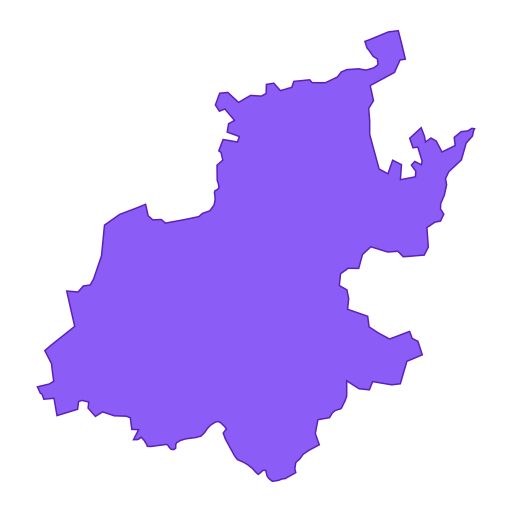 the Province of Gauteng
{"feature_id": "ZAF-1208", "entity_name": "Gauteng", "entity_type": "Province", "adm_level": 1, "iso_a3": "ZAF", "parent_name": "South Africa", "parent_adm1": "", "projection": "orthographic", "projection_center": [28.225, -26.009], "detail": "fine", "context": "isolated", "style": "filled", "palette": "violet", "viewbox_px": 512, "rotation_deg": 0, "n_neighbors": 0, "source": "natural_earth", "source_scale": "10m", "svg_char_len": 3024}
<svg xmlns="http://www.w3.org/2000/svg" viewBox="0 0 512 512"><path d="M133.5,439.7L138.6,429.7L131.8,429.4L130.3,417.7L126.2,416.2L114.3,415.8L102.6,411.9L95.4,416.4L88.1,408.1L88.7,402.0L82.0,400.4L78.6,401.5L77.6,409.3L57.0,415.6L54.0,398.3L43.8,399.2L42.2,394.4L40.3,393.1L37.4,386.8L49.3,384.0L53.7,381.2L52.3,370.8L51.5,363.6L44.8,350.6L51.3,345.0L74.7,326.4L66.7,291.0L78.0,292.0L83.3,286.0L90.2,285.0L93.6,279.0L101.5,255.8L104.5,225.1L119.5,214.5L138.3,207.3L145.6,204.3L148.1,215.7L152.9,219.9L161.3,219.5L165.4,223.1L183.0,219.9L198.9,216.6L202.4,213.4L209.9,210.8L214.1,204.9L215.1,199.8L214.9,195.2L214.4,192.3L214.9,191.0L215.1,190.6L216.6,190.0L218.6,188.4L218.9,186.6L218.2,183.3L217.2,180.4L217.0,165.2L222.8,160.1L221.0,152.4L218.8,150.9L223.1,139.5L237.5,142.0L239.3,136.5L227.2,132.1L228.6,123.7L234.5,120.4L224.9,109.0L219.4,111.2L215.4,105.0L219.7,93.2L227.8,92.4L238.5,102.4L250.6,95.4L261.3,96.1L266.1,93.5L266.4,84.4L273.8,83.2L280.4,90.6L291.8,87.3L293.8,81.4L309.7,79.8L312.2,82.7L325.5,82.7L337.4,77.0L341.2,72.0L346.9,69.6L358.8,68.8L366.1,70.1L373.6,67.9L376.3,66.0L377.5,65.0L378.0,64.0L377.8,63.0L377.4,59.0L373.1,56.3L369.0,50.3L367.1,48.1L364.9,41.4L369.2,39.8L388.4,31.9L398.3,30.7L402.0,45.2L405.3,59.2L400.1,59.9L394.5,72.4L370.2,85.6L373.5,100.6L368.7,108.4L369.7,120.9L369.7,134.4L374.1,150.6L379.1,169.0L387.9,173.8L392.7,160.2L401.5,164.7L400.4,179.7L415.4,176.8L415.8,171.3L411.4,165.1L414.8,161.4L421.3,164.8L422.1,161.1L417.8,147.1L413.0,147.8L409.7,138.3L421.2,127.7L424.4,136.1L425.5,142.0L431.0,138.0L436.2,141.0L442.0,152.0L455.2,145.5L454.2,137.4L461.2,131.6L467.8,130.9L471.9,128.3L474.6,128.8L473.6,130.6L472.5,136.0L466.1,143.2L461.4,159.9L448.7,171.8L445.5,178.7L446.6,184.8L444.4,194.9L440.7,203.7L440.5,209.0L443.8,214.2L440.5,221.1L434.9,222.2L426.9,227.6L428.3,247.1L424.2,255.1L403.3,256.8L397.9,251.3L387.6,252.0L370.8,246.8L362.5,254.5L358.7,268.4L348.1,268.3L340.6,273.7L339.3,285.5L346.9,289.9L348.7,298.7L347.6,309.3L367.7,316.3L369.1,326.9L378.6,333.1L389.5,339.0L409.6,331.4L412.2,338.4L417.9,341.3L422.3,354.8L406.9,361.3L400.3,383.8L391.7,384.8L372.6,381.6L369.4,389.8L359.1,388.8L346.7,380.8L346.7,396.1L345.0,400.9L341.5,408.0L340.4,409.0L338.5,409.4L334.9,410.7L332.4,412.9L329.5,417.7L317.9,419.7L315.3,433.5L319.3,444.8L308.9,450.3L303.1,454.3L300.0,458.7L295.8,462.5L294.8,468.9L295.8,472.6L285.0,478.7L282.5,478.8L278.4,480.4L272.3,481.3L269.5,479.1L268.7,478.3L267.6,476.8L267.0,475.7L265.7,470.4L263.1,470.3L258.4,474.4L257.0,473.4L255.4,471.8L252.5,468.5L248.1,465.0L243.7,462.3L237.4,459.6L234.6,455.9L225.4,439.1L223.2,433.1L225.2,430.4L226.5,429.2L224.7,426.6L220.6,422.7L218.2,421.5L215.4,422.1L210.6,425.1L207.3,428.6L204.5,432.7L201.0,436.1L195.9,437.5L185.6,438.9L180.3,440.5L176.6,442.7L175.7,444.7L175.8,446.7L175.6,448.4L173.6,449.6L171.1,449.3L169.3,447.4L167.9,445.3L166.6,444.4L150.7,446.5L147.3,446.3L146.7,444.5L144.0,440.2L141.1,437.1L139.7,438.5L137.6,439.6L133.5,439.7Z" fill="#8b5cf6" stroke="#5b21b6" stroke-width="1.5"/></svg>